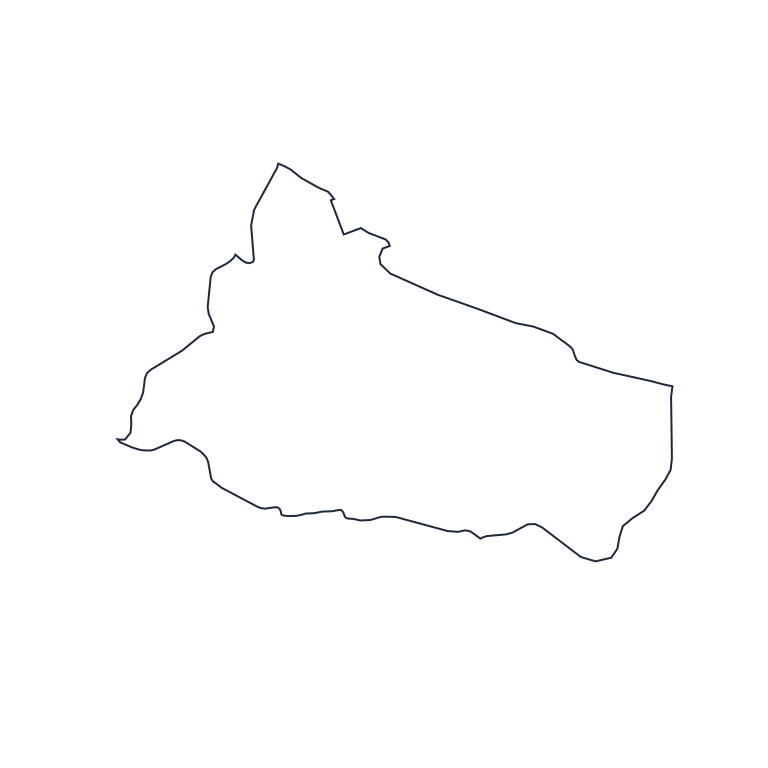 map outline of Kouilou (Albers equal-area conic projection), rotated 159°
{"feature_id": "COG-3343", "entity_name": "Kouilou", "entity_type": "Region", "adm_level": 1, "iso_a3": "COG", "parent_name": "Republic of the Congo", "parent_adm1": "", "projection": "albers", "projection_center": [12.097, -4.264], "detail": "fine", "context": "isolated", "style": "outline", "palette": "slate", "viewbox_px": 768, "rotation_deg": 159, "n_neighbors": 0, "source": "natural_earth", "source_scale": "10m", "svg_char_len": 1966}
<svg xmlns="http://www.w3.org/2000/svg" viewBox="0 0 768 768"><g transform="rotate(159 384 384)"><path d="M652.5,427.8L650.1,426.5L645.7,424.9L638.1,429.4L634.4,436.8L631.8,444.5L627.4,449.7L621.6,453.0L616.4,457.2L611.9,462.4L604.9,475.4L601.3,479.1L596.3,481.0L560.6,487.5L538.7,494.7L533.9,495.1L525.2,494.0L522.1,498.5L522.5,512.3L521.0,519.1L507.6,545.7L504.2,549.7L499.6,551.5L488.7,552.6L483.9,553.8L479.2,555.6L476.3,558.0L472.3,550.5L469.4,546.8L466.3,545.0L462.5,545.0L461.0,546.4L451.3,579.5L442.8,593.2L406.5,624.0L403.8,627.6L398.9,623.1L394.5,617.9L387.2,605.7L375.1,591.1L367.2,583.4L364.2,574.6L367.8,574.6L368.0,538.0L349.8,537.9L344.2,530.5L330.5,518.2L329.0,514.1L329.2,510.8L336.8,510.9L342.9,504.3L344.3,497.0L338.5,484.8L302.0,448.2L268.5,419.6L239.2,393.6L224.0,384.1L208.1,370.2L202.0,360.4L200.5,358.3L196.3,351.3L195.4,348.1L195.8,341.1L195.5,337.4L194.2,334.9L165.8,312.2L134.4,291.5L123.6,283.7L115.5,278.5L120.6,269.1L141.9,211.3L147.2,201.1L155.5,194.0L166.5,186.8L176.1,178.9L186.5,172.5L199.7,169.8L212.0,165.7L219.2,156.5L225.2,146.5L234.1,140.4L250.2,142.7L262.2,151.9L287.7,193.3L293.1,199.1L300.1,201.5L317.7,199.2L324.1,199.9L342.6,205.2L348.6,205.4L349.4,205.1L355.9,215.1L358.1,216.8L361.1,218.4L368.1,219.5L377.4,224.0L420.6,255.6L431.9,260.3L434.8,261.1L445.4,261.9L455.1,265.1L460.7,268.9L465.8,271.3L467.6,272.8L468.1,274.2L468.0,278.1L468.4,280.1L469.1,281.7L471.0,282.5L477.7,283.7L487.4,287.0L495.8,288.5L503.5,291.1L509.7,291.7L513.9,292.6L520.9,295.1L524.4,296.9L526.2,298.3L526.5,299.1L526.4,300.3L526.0,302.2L526.1,304.4L527.1,306.5L529.0,307.8L539.9,310.3L543.4,312.3L546.2,314.8L573.0,345.5L576.2,351.0L578.4,353.9L579.0,356.3L579.1,358.4L576.2,373.7L576.1,376.2L576.3,378.7L577.0,381.4L579.4,386.6L590.8,401.8L593.6,404.1L596.3,405.4L598.8,405.9L601.2,406.1L621.8,405.1L624.7,405.4L628.0,406.4L632.8,408.5L636.2,410.5L642.4,415.5L651.3,424.2L652.5,427.8Z" fill="none" stroke="#1e293b" stroke-width="2"/></g></svg>